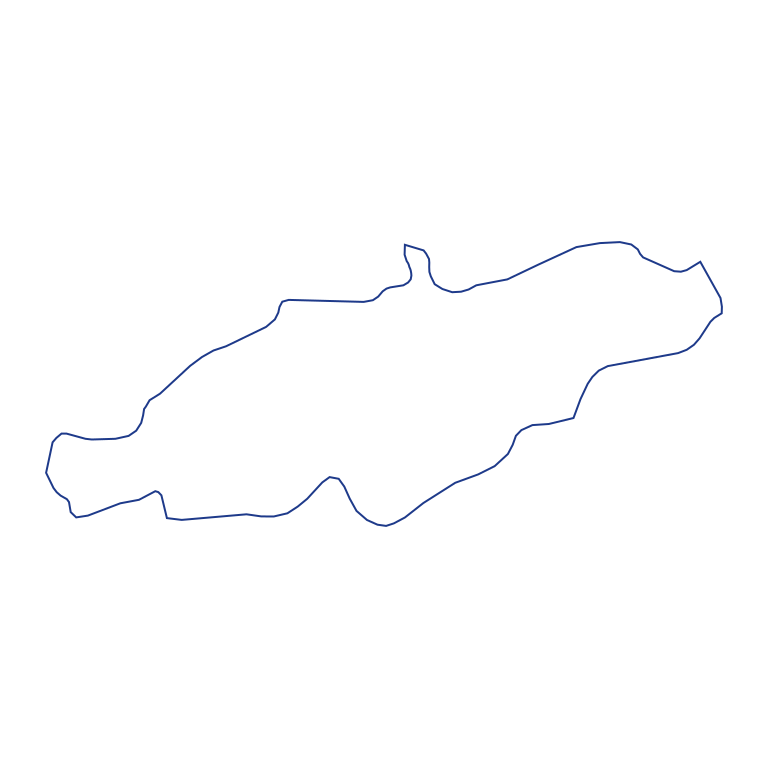 SVG path tracing the border of Blida
{"feature_id": "DZA-2209", "entity_name": "Blida", "entity_type": "Province", "adm_level": 1, "iso_a3": "DZA", "parent_name": "Algeria", "parent_adm1": "", "projection": "robinson", "projection_center": [2.981, 36.533], "detail": "fine", "context": "isolated", "style": "outline", "palette": "blue", "viewbox_px": 768, "rotation_deg": 0, "n_neighbors": 0, "source": "natural_earth", "source_scale": "10m", "svg_char_len": 1660}
<svg xmlns="http://www.w3.org/2000/svg" viewBox="0 0 768 768"><path d="M700.3,261.8L720.5,298.0L721.9,306.7L721.7,313.3L714.3,317.9L710.4,321.8L699.6,338.3L693.9,344.8L686.7,349.8L678.1,353.1L607.8,366.1L598.8,370.6L592.4,376.9L587.7,383.8L580.5,399.1L573.5,418.0L548.8,424.0L532.4,425.1L521.4,430.1L515.9,435.8L512.7,444.8L507.9,454.0L494.7,466.1L478.2,474.4L455.2,482.8L423.4,503.0L404.9,517.5L393.8,523.4L386.1,525.9L377.5,524.7L367.0,520.0L356.5,510.9L349.7,498.6L344.3,486.6L338.7,478.8L329.6,477.1L322.3,482.4L307.2,498.8L297.7,506.6L287.4,513.3L273.7,516.5L261.2,516.4L246.5,514.3L181.7,519.9L166.9,518.1L161.4,495.3L158.3,492.1L155.3,491.2L139.0,499.8L120.3,503.3L87.9,515.6L76.2,517.4L70.7,512.1L69.0,502.1L66.9,499.2L60.6,495.6L56.7,492.2L53.5,488.0L46.1,472.8L52.6,442.3L56.4,437.9L61.5,433.6L66.5,433.6L85.5,438.8L91.8,439.5L115.4,438.8L128.6,435.9L136.2,430.7L141.2,422.9L143.1,415.4L144.1,409.0L145.8,406.7L149.6,400.2L160.0,393.7L190.2,365.8L202.0,357.0L213.5,350.5L226.0,346.3L266.1,326.9L274.9,319.4L278.3,312.6L279.5,307.0L282.3,301.7L288.7,299.9L363.7,301.9L372.9,300.2L378.2,296.6L382.7,291.3L386.5,288.6L390.2,287.4L403.4,285.3L408.1,282.5L410.7,279.3L411.4,275.6L411.2,273.1L410.7,270.4L410.1,268.6L409.4,267.1L408.8,264.9L408.1,263.2L406.7,261.1L404.6,254.7L404.9,244.8L423.6,250.4L426.1,253.6L429.0,259.0L429.3,262.5L429.2,267.0L429.4,271.9L430.8,276.3L434.7,284.2L442.4,289.0L452.2,292.2L461.1,291.7L468.6,289.5L476.3,285.3L507.3,279.4L538.6,264.5L576.4,247.1L599.9,243.1L619.9,242.1L631.3,244.5L637.8,249.4L640.1,253.9L643.1,257.4L674.2,271.2L680.9,271.7L686.7,270.1L700.3,261.8Z" fill="none" stroke="#1e3a8a" stroke-width="2"/></svg>